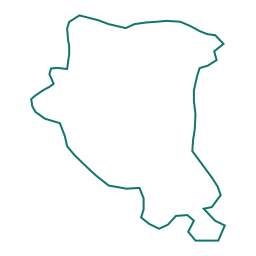 the district of Prastio Ammochostou, Cyprus
{"feature_id": "46923920B46952699508518", "entity_name": "Prastio Ammochostou", "entity_type": "district", "adm_level": 2, "iso_a3": "CYP", "parent_name": "Cyprus", "parent_adm1": "", "projection": "robinson", "projection_center": [33.764, 35.159], "detail": "fine", "context": "isolated", "style": "outline", "palette": "teal", "viewbox_px": 256, "rotation_deg": 0, "n_neighbors": 0, "source": "geoboundaries", "source_scale": "gbopen_adm2", "svg_char_len": 954}
<svg xmlns="http://www.w3.org/2000/svg" viewBox="0 0 256 256"><path d="M44.7,118.6L59.9,123.2L64.8,136.0L67.2,146.4L74.5,155.1L83.5,163.9L90.5,170.5L96.4,175.9L108.6,185.5L126.5,188.7L139.5,187.9L143.6,198.3L143.6,209.5L141.1,217.5L149.2,223.9L159.0,228.7L167.9,224.7L176.0,215.9L187.4,215.1L193.9,220.7L188.2,231.8L195.5,240.6L206.9,240.6L218.3,240.6L224.8,225.5L215.0,220.7L203.7,208.7L211.8,207.1L220.7,195.1L217.5,186.3L211.8,177.5L201.2,163.1L192.3,151.1L193.1,140.0L194.7,129.6L195.5,114.4L193.9,100.8L193.9,90.4L197.1,76.1L199.6,68.1L207.7,65.7L216.6,60.1L214.2,51.3L223.5,43.9L215.2,35.2L207.4,34.2L199.6,31.1L190.3,26.0L180.1,21.7L166.3,20.9L157.4,21.7L146.0,22.5L134.6,24.1L125.7,28.1L108.6,24.1L98.1,20.2L79.4,15.4L69.2,21.9L67.1,28.6L68.1,40.3L69.2,46.0L69.2,54.1L67.1,69.0L57.2,67.9L51.0,68.5L49.4,74.1L53.6,83.8L49.4,86.9L43.7,89.9L35.4,95.5L31.2,99.1L32.3,106.3L35.4,111.9L44.7,118.6Z" fill="none" stroke="#0f766e" stroke-width="2"/></svg>